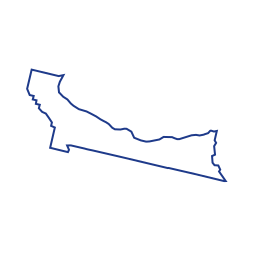 Multnomah, Oregon, United States of America (Equal Earth projection), rotated 13°
{"feature_id": "52423323B6223191641885", "entity_name": "Multnomah", "entity_type": "district", "adm_level": 2, "iso_a3": "USA", "parent_name": "United States of America", "parent_adm1": "Oregon", "projection": "equal_earth", "projection_center": [-122.428, 45.581], "detail": "fine", "context": "isolated", "style": "outline", "palette": "blue", "viewbox_px": 256, "rotation_deg": 13, "n_neighbors": 0, "source": "geoboundaries", "source_scale": "gbopen_adm2", "svg_char_len": 1332}
<svg xmlns="http://www.w3.org/2000/svg" viewBox="0 0 256 256"><g transform="rotate(13 128 128)"><path d="M56.6,164.8L57.6,164.8L58.6,164.8L64.1,164.9L74.9,165.0L75.4,162.5L72.6,158.7L76.3,157.8L84.1,157.8L85.0,157.8L90.4,157.8L92.4,157.9L94.5,157.9L98.4,157.8L126.2,157.8L175.8,158.1L176.5,157.8L203.5,157.8L233.6,158.1L235.1,157.7L226.5,149.9L227.2,147.8L224.4,144.2L220.7,144.8L218.2,142.8L216.2,136.4L218.8,134.4L216.0,126.3L217.2,122.7L215.2,120.5L215.2,110.9L212.6,112.1L209.4,111.9L208.7,112.3L207.2,115.0L204.0,116.9L203.4,117.4L199.4,119.2L195.8,119.4L191.6,120.8L180.5,127.3L178.5,127.8L175.8,127.5L175.2,127.4L173.0,127.0L164.7,128.7L161.2,132.1L152.1,136.2L149.5,137.0L148.7,137.2L143.3,137.2L136.2,136.1L132.1,130.8L126.8,129.1L124.6,129.5L122.7,130.4L120.9,131.2L115.5,132.2L112.6,131.3L108.6,128.6L107.7,128.2L105.2,127.3L102.7,126.7L99.1,125.7L94.4,123.9L94.0,123.8L88.0,122.2L87.1,122.0L83.9,121.2L75.9,120.7L69.9,118.6L66.8,117.0L62.5,113.8L57.8,112.1L53.1,109.0L52.8,108.9L50.8,103.1L51.2,98.3L53.2,91.0L48.8,93.0L21.0,92.8L20.9,112.5L24.8,118.0L28.9,118.0L28.8,121.6L32.6,121.6L32.8,125.2L36.8,125.2L36.7,128.8L40.7,131.6L44.7,132.4L48.7,136.0L52.6,139.7L52.6,143.2L56.6,144.0L56.6,146.2L56.6,146.8L56.6,150.4L56.6,150.8L56.6,156.2L56.6,163.5L56.6,164.8Z" fill="none" stroke="#1e3a8a" stroke-width="2"/></g></svg>